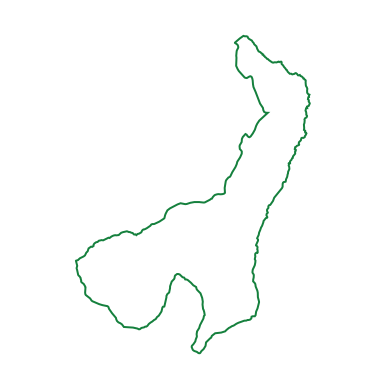 Sevilla de Oro, Azuay, Ecuador, rotated 185°
{"feature_id": "8360857B69749435538117", "entity_name": "Sevilla de Oro", "entity_type": "district", "adm_level": 2, "iso_a3": "ECU", "parent_name": "Ecuador", "parent_adm1": "Azuay", "projection": "natural_earth1", "projection_center": [-78.594, -2.705], "detail": "fine", "context": "isolated", "style": "outline", "palette": "green", "viewbox_px": 384, "rotation_deg": 185, "n_neighbors": 0, "source": "geoboundaries", "source_scale": "gbopen_adm2", "svg_char_len": 5938}
<svg xmlns="http://www.w3.org/2000/svg" viewBox="0 0 384 384"><g transform="rotate(185 192 192)"><path d="M166.7,36.6L165.1,39.9L164.9,43.4L161.2,47.8L160.2,48.6L159.7,50.4L156.6,53.3L150.7,54.5L146.8,56.1L145.7,57.5L143.4,59.8L142.2,60.5L140.7,61.7L138.8,62.6L136.3,64.6L134.3,65.8L128.6,68.4L126.8,68.6L125.5,69.3L124.4,69.4L122.9,70.0L121.9,71.2L121.8,73.0L120.7,73.5L118.6,73.7L117.9,74.8L117.7,78.4L116.6,81.7L115.6,87.9L115.7,88.8L117.2,93.0L117.7,97.4L118.3,99.4L120.3,103.3L120.9,105.8L121.5,106.7L123.3,108.3L123.4,110.1L123.1,112.3L123.2,114.7L123.6,115.5L124.7,116.9L124.8,118.0L124.7,120.0L123.1,124.4L122.8,127.0L122.8,129.2L123.6,130.6L123.3,133.2L123.6,134.7L123.6,135.9L123.4,136.3L122.5,137.2L121.6,137.0L121.3,137.5L121.6,139.9L122.0,140.5L121.9,142.8L122.6,143.8L123.5,144.3L123.6,144.6L122.0,149.3L122.1,150.4L123.1,151.6L121.8,155.1L121.6,157.4L120.8,159.8L120.1,162.6L119.2,164.5L118.3,168.0L118.2,169.3L116.2,172.4L115.1,172.8L114.8,173.2L114.9,173.8L115.8,175.2L115.8,176.0L115.6,177.0L114.9,177.6L114.7,178.2L115.5,179.4L115.7,180.6L115.5,181.3L114.5,182.9L114.7,184.3L114.5,184.9L114.1,185.5L112.9,186.0L110.5,190.2L109.6,193.5L102.7,203.7L102.2,205.1L102.4,208.0L102.1,209.3L101.3,210.0L100.4,210.1L99.6,210.5L99.4,212.9L98.5,215.4L98.3,217.8L98.0,218.8L98.0,220.5L97.0,223.4L97.4,225.7L98.0,226.7L97.8,227.7L98.2,228.8L98.1,229.1L96.8,229.2L97.0,230.9L96.5,231.9L95.9,232.4L95.1,234.5L94.6,234.7L94.5,236.3L92.6,239.1L92.6,239.9L92.9,240.9L92.3,242.0L92.2,242.9L92.3,243.2L93.1,243.2L93.4,243.6L93.1,245.7L92.2,246.2L91.6,247.1L89.6,248.1L89.4,248.7L89.9,249.7L89.8,250.9L88.1,252.9L87.7,255.2L87.0,255.6L85.7,255.6L84.5,256.5L84.4,257.6L83.9,258.2L83.1,260.3L83.5,261.0L84.3,261.0L84.5,261.3L84.7,261.9L84.5,262.7L84.7,263.0L85.9,263.6L85.8,265.4L86.4,268.9L86.0,270.6L86.0,273.2L86.3,274.1L85.8,275.3L84.4,276.3L84.0,277.6L84.2,278.2L84.9,278.9L85.0,280.5L85.5,282.2L86.0,282.8L85.7,285.2L85.5,285.6L84.5,285.6L84.9,287.1L83.2,288.0L82.4,290.4L82.8,291.3L83.6,292.2L83.6,293.4L84.0,294.1L84.6,294.5L84.4,296.5L83.7,296.8L83.9,297.8L83.5,299.2L84.6,299.5L85.9,300.9L86.2,303.3L86.1,304.8L86.7,306.2L87.6,307.4L87.9,308.2L88.4,311.3L88.4,312.8L88.9,313.6L89.9,314.0L90.3,314.8L91.0,314.8L91.5,315.7L93.0,316.8L93.9,316.9L94.8,318.0L95.8,317.5L96.6,317.5L97.6,318.7L98.7,319.4L99.4,319.4L100.3,318.6L102.4,317.9L103.6,318.5L104.9,318.3L107.2,320.2L108.2,321.8L109.1,322.2L109.5,323.0L111.4,324.8L112.2,326.0L113.8,327.3L114.0,327.8L114.0,329.1L114.5,329.6L116.1,329.3L116.5,329.0L117.3,329.4L118.9,328.5L121.1,328.4L122.5,327.9L123.6,328.2L126.9,330.1L127.9,331.0L128.9,331.2L129.7,332.1L131.1,332.9L131.5,333.6L132.3,333.9L132.9,335.0L133.4,334.8L133.7,334.9L134.1,335.9L135.0,336.3L136.0,337.2L137.9,337.9L139.5,340.3L140.5,342.7L142.9,344.6L143.7,346.0L144.5,346.6L145.6,348.1L148.4,349.4L149.5,350.3L150.2,351.6L151.4,351.9L152.8,351.7L154.4,352.0L157.7,349.2L162.2,344.6L162.2,344.3L159.8,342.9L159.4,342.5L158.7,341.2L158.5,339.8L159.7,336.8L159.8,335.6L159.8,331.6L159.4,329.6L159.0,321.5L157.3,318.5L156.0,316.7L149.6,310.7L148.9,310.4L147.3,310.3L144.8,312.1L143.9,312.4L142.8,312.0L141.9,310.5L141.3,308.6L140.6,304.5L139.9,301.9L137.4,297.3L131.9,286.0L128.7,282.0L128.0,279.6L127.1,278.1L125.5,277.4L123.4,277.5L131.2,269.0L133.0,265.7L133.9,263.3L134.8,259.5L136.5,255.7L138.4,252.5L139.5,251.6L140.3,251.7L141.4,252.4L142.6,253.9L143.8,254.4L146.2,251.2L146.9,249.2L146.9,246.1L148.5,242.7L148.6,241.6L148.1,239.0L146.4,237.4L145.9,236.6L145.8,234.5L147.1,230.7L149.5,226.1L149.9,223.6L150.9,220.6L153.6,215.2L155.1,211.2L155.6,210.4L157.0,209.6L158.8,207.1L159.3,205.8L159.8,198.9L159.1,194.1L159.7,193.3L161.2,192.6L163.3,192.2L165.5,192.2L166.8,191.9L168.8,191.1L169.6,190.4L170.8,188.8L171.6,187.1L172.2,187.0L173.4,185.9L178.4,182.7L179.7,182.5L184.2,182.6L188.7,182.2L192.7,181.1L196.2,179.6L197.6,179.3L202.4,179.8L205.3,178.4L212.5,173.8L214.9,171.6L216.3,168.2L216.8,166.4L217.2,163.6L217.8,162.9L222.0,159.6L226.0,157.3L226.9,156.8L228.7,156.6L229.7,156.1L230.6,154.7L234.0,151.9L235.8,150.8L236.5,150.5L237.0,150.5L237.6,150.1L238.3,149.3L239.0,147.4L241.1,145.9L242.4,145.5L243.7,144.2L244.5,144.9L245.7,144.6L246.2,144.7L247.6,146.0L248.8,146.1L250.4,146.7L251.3,146.6L253.4,147.2L257.2,146.0L259.0,145.2L261.3,142.7L263.8,142.2L264.8,142.3L266.6,141.7L268.4,140.6L270.1,139.0L271.0,139.2L271.5,139.0L276.3,136.1L277.9,136.2L280.6,135.3L281.7,134.0L283.1,133.6L284.7,132.3L285.4,131.1L285.4,129.7L285.8,129.5L286.3,128.8L286.8,128.6L287.7,128.8L290.1,126.8L290.8,123.8L292.0,122.4L293.1,119.5L294.3,118.4L297.9,116.2L299.7,114.2L301.5,113.5L301.6,113.3L299.9,108.4L300.3,106.3L300.2,105.6L299.7,104.5L298.2,99.6L297.8,99.0L296.5,98.0L295.4,96.5L295.4,96.0L294.7,94.3L294.6,93.0L294.1,92.4L291.8,90.9L290.2,88.6L290.1,88.0L289.8,87.8L289.7,82.4L289.3,80.8L288.8,80.1L284.2,77.1L282.6,75.1L281.7,74.5L274.7,72.2L271.4,71.5L266.3,70.9L265.6,70.5L265.2,70.1L264.5,68.4L261.1,64.3L256.8,60.0L256.3,58.4L255.4,56.9L253.9,55.7L251.9,55.0L250.2,54.0L248.1,51.6L238.9,51.8L234.5,51.2L232.9,50.6L232.0,50.8L230.5,52.2L227.9,53.0L226.9,53.8L225.8,53.9L224.8,54.7L223.5,56.8L221.8,58.4L220.3,59.5L218.6,61.2L217.1,62.2L215.9,64.4L214.3,65.9L212.0,70.3L211.4,74.4L210.9,75.2L210.0,75.3L209.6,75.5L209.5,76.0L208.3,84.9L208.4,86.2L207.7,88.1L206.0,89.9L205.5,94.2L205.6,96.2L204.4,101.0L202.2,103.8L201.9,104.8L201.8,106.6L201.5,107.4L199.7,109.0L198.5,109.1L197.1,108.8L194.0,106.3L192.3,106.0L191.1,104.3L189.8,104.4L188.5,103.9L185.1,101.5L182.6,99.2L179.6,97.7L179.0,95.8L178.2,94.8L174.7,91.8L172.6,87.3L171.7,83.7L171.7,80.8L170.8,76.5L170.3,75.8L169.4,73.6L168.6,70.5L169.3,69.5L169.6,66.9L172.4,60.1L173.0,57.1L174.8,53.6L175.0,50.8L174.6,48.8L174.6,48.1L175.4,45.5L175.7,43.4L177.4,40.4L178.6,38.9L178.8,38.4L178.8,37.5L177.5,34.9L176.9,34.4L175.8,33.8L173.3,33.2L171.5,32.1L170.7,32.0L170.0,32.2L169.7,32.5L168.8,34.3L166.7,36.6Z" fill="none" stroke="#15803d" stroke-width="2"/></g></svg>